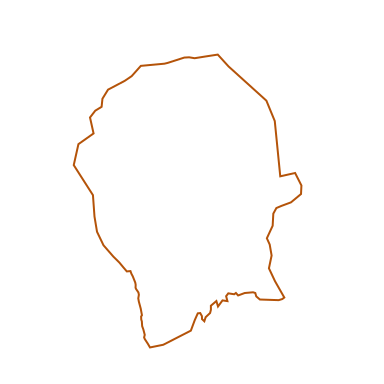 outline of Bida, Niger, Nigeria, rotated 64°
{"feature_id": "59680162B96484505623852", "entity_name": "Bida", "entity_type": "district", "adm_level": 2, "iso_a3": "NGA", "parent_name": "Nigeria", "parent_adm1": "Niger", "projection": "albers", "projection_center": [6.019, 9.036], "detail": "fine", "context": "isolated", "style": "outline", "palette": "amber", "viewbox_px": 384, "rotation_deg": 64, "n_neighbors": 0, "source": "geoboundaries", "source_scale": "gbopen_adm2", "svg_char_len": 1306}
<svg xmlns="http://www.w3.org/2000/svg" viewBox="0 0 384 384"><g transform="rotate(64 192 192)"><path d="M327.3,155.3L308.5,156.5L294.3,156.3L284.0,148.3L273.3,145.2L266.4,145.0L257.7,134.3L247.1,128.4L243.4,123.2L243.7,117.7L244.7,107.6L241.6,94.9L234.1,90.8L220.1,91.0L216.6,105.8L164.5,86.5L142.5,85.1L95.2,104.1L79.8,108.6L76.0,120.8L72.9,131.0L69.7,135.5L67.8,140.0L65.3,157.3L64.6,160.5L56.2,182.7L61.4,195.4L62.6,203.7L63.2,222.6L68.9,231.6L75.8,235.9L76.5,243.3L80.3,251.0L96.2,254.8L99.2,273.1L116.0,286.5L151.4,282.4L171.3,290.4L186.1,294.8L201.1,294.9L215.6,291.0L223.6,288.2L229.8,286.7L234.8,285.4L236.1,282.0L238.9,282.3L241.8,282.2L248.5,282.7L250.7,283.3L253.3,284.7L254.6,284.8L258.8,284.2L261.1,284.8L264.0,286.9L267.1,287.8L274.3,289.2L280.8,291.0L281.6,292.3L284.3,293.5L286.3,293.8L290.7,295.6L294.3,296.0L299.7,297.1L301.7,298.8L303.5,298.9L309.2,298.2L313.3,297.9L316.7,284.8L316.3,263.9L316.1,253.8L308.2,245.5L303.6,240.0L304.4,237.7L307.9,237.5L310.6,238.7L313.6,237.6L310.5,234.6L308.7,228.8L306.1,226.6L302.5,224.9L300.7,217.9L306.3,218.8L302.8,212.1L305.6,208.0L300.6,207.0L299.0,203.8L302.4,198.9L302.0,196.8L305.2,195.9L305.9,188.9L308.9,181.1L310.5,179.4L314.0,180.0L318.4,178.1L327.2,161.5L327.8,157.8L327.3,155.3Z" fill="none" stroke="#b45309" stroke-width="2"/></g></svg>